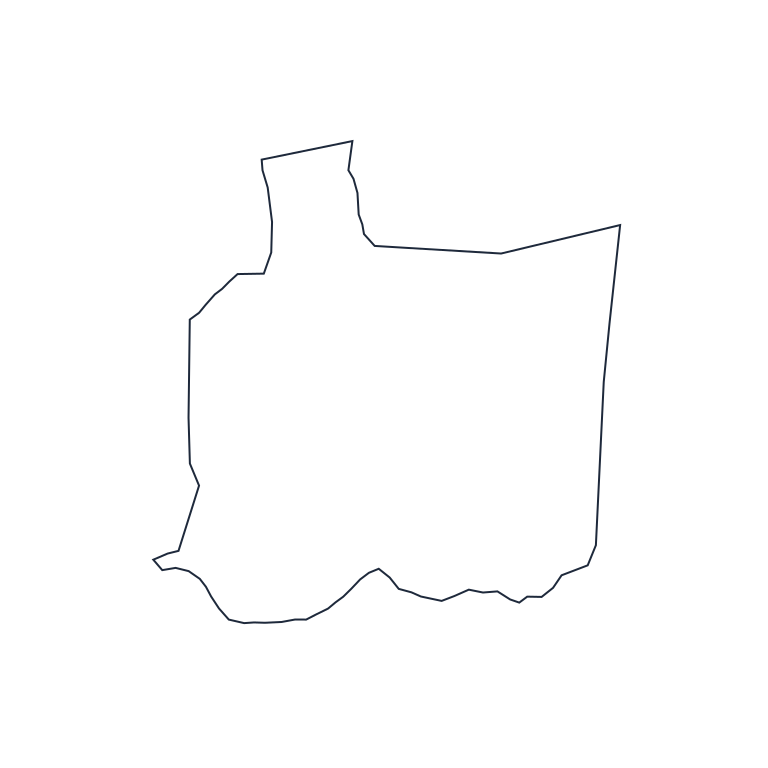 Jericó, Paraíba, Brazil (Mercator projection), rotated 162°
{"feature_id": "56859067B69960445467494", "entity_name": "Jericó", "entity_type": "district", "adm_level": 2, "iso_a3": "BRA", "parent_name": "Brazil", "parent_adm1": "Paraíba", "projection": "mercator", "projection_center": [-37.799, -6.517], "detail": "fine", "context": "isolated", "style": "outline", "palette": "slate", "viewbox_px": 768, "rotation_deg": 162, "n_neighbors": 0, "source": "geoboundaries", "source_scale": "gbopen_adm2", "svg_char_len": 1030}
<svg xmlns="http://www.w3.org/2000/svg" viewBox="0 0 768 768"><g transform="rotate(162 384 384)"><path d="M110.3,462.2L232.3,471.9L321.5,506.9L350.2,518.2L356.7,532.8L355.3,542.5L355.7,553.0L350.2,573.9L349.6,588.6L351.8,598.3L339.0,624.8L431.0,635.2L433.5,624.8L433.9,606.8L440.4,572.7L450.6,543.9L464.2,526.1L489.3,533.8L499.5,529.2L508.6,524.5L517.2,521.5L529.2,514.4L537.8,508.9L548.8,505.3L580.3,412.4L593.2,368.3L591.3,344.5L631.0,288.8L642.2,289.6L657.7,288.2L652.4,275.5L639.0,273.5L627.6,266.4L619.4,255.6L616.0,246.1L614.1,235.4L610.3,221.5L604.4,207.9L590.9,199.8L581.3,197.4L571.0,193.7L554.9,189.3L541.4,187.5L530.8,184.0L519.8,185.8L506.6,187.7L497.6,191.3L488.5,194.3L478.3,199.4L467.1,205.5L456.7,209.1L446.1,209.9L438.4,198.2L433.3,184.6L422.3,177.4L414.6,170.5L396.2,159.9L382.6,160.6L366.9,162.2L354.3,155.1L340.2,151.7L330.6,140.1L322.9,134.3L313.5,137.5L299.9,132.8L286.2,137.9L274.2,147.2L246.3,148.6L232.3,165.2L174.4,318.0L150.6,372.4L110.3,462.2Z" fill="none" stroke="#1e293b" stroke-width="2"/></g></svg>